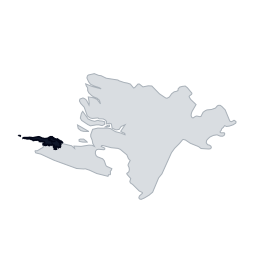 location of Cox's Bazar, Chittagong, Bangladesh, rotated 116°
{"feature_id": "16705992B34517682786426", "entity_name": "Cox's Bazar", "entity_type": "district", "adm_level": 2, "iso_a3": "BGD", "parent_name": "Bangladesh", "parent_adm1": "Chittagong", "projection": "robinson", "projection_center": [92.099, 21.257], "detail": "fine", "context": "in_parent", "style": "filled", "palette": "ink", "viewbox_px": 256, "rotation_deg": 116, "n_neighbors": 0, "source": "geoboundaries", "source_scale": "gbopen_adm2", "svg_char_len": 8561}
<svg xmlns="http://www.w3.org/2000/svg" viewBox="0 0 256 256"><g transform="rotate(116 128 128)"><path d="M92.8,175.1L92.8,169.4L89.3,158.1L89.5,156.8L88.8,151.4L87.9,148.3L87.5,145.1L89.6,140.5L88.8,139.7L84.1,138.3L83.5,137.1L84.5,132.6L81.2,128.3L79.8,125.0L83.5,114.7L84.5,107.4L84.2,106.0L82.0,104.4L78.1,103.8L75.3,102.4L73.7,100.4L72.4,99.5L70.7,100.1L68.5,99.4L66.7,97.3L65.2,94.9L65.8,92.2L68.7,85.8L69.8,85.6L72.2,86.8L73.1,86.8L74.8,84.3L77.1,77.1L85.0,77.7L86.9,77.5L88.9,76.9L90.0,76.0L90.6,74.9L90.4,73.9L88.0,72.5L87.1,71.5L86.4,68.6L85.7,67.5L80.9,67.4L78.5,66.1L77.1,64.9L74.7,61.0L71.7,58.1L68.9,57.4L67.8,56.4L67.2,54.9L67.6,52.8L69.1,48.6L77.0,39.7L77.2,38.7L76.9,37.6L74.6,36.1L74.5,35.4L75.1,33.5L76.4,33.3L79.1,35.0L81.9,37.8L83.5,40.2L83.5,42.2L85.7,42.6L87.5,43.4L89.3,43.2L90.5,43.6L91.3,43.5L91.6,42.3L90.1,39.5L90.9,38.4L92.7,38.4L94.0,39.5L94.9,41.6L95.1,45.0L97.2,48.0L99.9,50.2L102.1,51.2L104.8,51.9L107.0,51.2L108.1,49.1L107.7,47.2L108.0,45.5L108.9,44.6L110.3,44.6L111.4,46.0L114.4,53.3L113.8,56.5L114.4,65.3L113.6,71.2L114.1,73.4L114.6,73.8L119.2,74.9L125.9,77.2L131.1,78.1L154.3,77.4L159.4,78.6L174.9,77.7L179.1,79.6L183.7,82.6L186.3,84.8L186.7,86.1L186.4,87.2L185.6,87.8L184.0,87.9L180.3,86.4L179.7,86.8L179.7,90.3L176.7,99.1L176.3,101.8L175.3,102.9L172.2,103.4L170.1,108.5L169.3,109.2L167.3,108.1L166.0,108.2L164.5,108.7L162.9,109.9L161.8,111.4L160.6,111.9L156.2,111.8L155.4,114.1L152.6,117.3L150.6,125.5L150.7,128.0L153.1,134.6L154.8,143.1L155.4,144.0L156.3,144.0L156.3,140.1L157.1,139.6L158.1,140.1L160.1,145.3L161.3,146.7L163.1,147.0L165.2,146.2L166.7,144.7L167.3,143.0L166.8,137.3L167.8,135.0L171.3,131.5L171.8,130.4L171.6,124.7L172.9,124.5L174.7,124.9L177.0,123.6L177.7,123.5L178.6,125.0L180.2,124.8L182.6,136.1L182.8,144.2L183.4,148.6L184.2,149.7L186.9,156.4L189.4,180.0L189.7,194.9L190.8,200.0L189.9,201.2L189.1,201.4L188.3,199.6L182.5,195.8L181.2,196.2L179.2,198.4L178.4,200.4L178.8,203.3L179.4,206.2L180.7,207.8L180.8,209.6L182.4,216.3L181.9,216.4L178.8,210.2L175.0,204.2L173.8,193.4L173.7,188.0L171.1,181.8L168.7,170.8L169.8,167.0L167.9,168.6L165.1,162.1L160.6,155.7L159.3,152.8L159.3,150.0L157.4,152.8L154.7,154.8L152.1,157.7L150.3,158.6L144.7,159.2L141.4,155.2L136.8,145.6L136.2,143.4L136.8,137.8L135.7,132.4L135.4,127.7L134.6,128.1L134.2,129.4L134.4,131.4L134.1,133.1L126.3,132.0L129.6,134.8L133.2,135.4L135.0,138.0L135.1,142.2L131.6,144.7L131.9,146.8L133.9,149.4L131.5,150.1L130.8,151.8L130.7,154.3L132.4,158.0L132.1,159.4L135.1,164.3L135.6,166.6L134.9,169.9L128.5,176.5L126.6,181.3L125.0,183.5L123.1,183.9L120.7,181.6L120.7,179.3L121.2,177.5L124.5,173.1L122.7,173.7L117.5,177.3L116.5,174.4L115.9,171.7L115.9,168.3L118.4,163.3L115.6,165.8L114.8,168.9L115.1,172.6L114.7,175.2L113.6,178.6L112.1,180.6L109.6,181.9L108.5,183.9L106.9,185.4L106.4,178.6L104.6,169.3L104.3,171.3L105.1,177.1L105.1,180.8L103.7,183.7L101.0,186.9L99.0,187.3L97.8,186.9L93.9,182.1L93.6,177.6L92.8,175.1ZM140.0,175.2L135.3,176.3L132.9,176.0L137.4,167.7L137.3,164.0L136.6,160.9L134.3,158.5L134.1,156.8L133.1,154.4L132.6,151.6L135.1,150.7L137.2,152.3L137.9,155.5L139.0,157.8L142.5,162.7L142.5,165.7L141.5,173.0L140.0,175.2ZM150.3,172.5L147.4,174.7L148.3,161.6L150.5,166.5L151.0,169.1L150.3,172.5ZM161.4,166.0L160.1,166.9L158.9,166.1L157.4,163.0L158.2,159.1L158.6,158.5L160.5,162.5L161.4,166.0ZM172.1,193.6L170.4,193.8L169.6,192.9L170.0,191.5L169.6,187.3L171.7,186.9L172.4,190.4L172.1,193.6ZM170.3,181.7L169.0,186.0L168.6,184.1L169.4,180.4L170.3,181.7ZM136.4,147.6L136.9,148.9L134.2,147.2L133.5,145.9L134.7,145.3L136.4,147.6Z" fill="#d9dde1" stroke="#a8b0b8" stroke-width="1"/><path d="M175.1,181.2L175.1,180.5L174.9,180.5L174.6,180.5L174.7,180.8L174.5,181.1L174.4,181.0L173.9,181.1L173.7,181.0L173.1,181.2L172.9,181.2L172.7,181.1L172.7,181.3L172.6,181.5L172.5,181.8L172.4,181.7L172.1,181.8L172.0,181.7L171.8,181.9L171.5,181.9L171.4,182.0L171.4,182.5L171.2,182.5L171.2,183.1L171.0,183.9L170.4,185.4L170.0,187.0L169.6,187.6L169.6,187.8L169.5,188.1L169.6,188.5L169.8,188.6L169.7,188.8L170.1,189.2L170.3,189.2L170.1,188.4L170.2,188.0L170.4,187.8L170.9,187.6L170.3,187.9L170.2,188.1L170.2,188.4L170.5,189.0L170.5,189.3L170.4,189.7L170.4,189.9L170.2,190.0L169.9,190.3L169.9,190.6L169.8,190.9L169.9,191.0L170.1,190.6L170.3,190.2L170.2,190.8L170.3,190.8L170.1,191.0L170.0,191.5L169.7,191.5L169.6,191.8L169.8,192.0L170.0,192.2L170.5,192.5L170.3,192.5L170.1,192.6L169.7,192.5L169.4,192.9L169.5,193.1L169.8,193.2L169.7,193.3L169.5,193.2L169.7,193.7L169.8,193.7L169.9,193.9L170.0,193.9L170.5,194.5L171.0,194.7L171.1,194.8L171.4,194.4L171.6,194.5L171.8,194.3L171.3,194.2L170.8,193.8L171.3,194.2L171.5,194.1L171.8,194.2L171.8,193.8L172.2,193.8L172.9,193.6L173.0,192.5L173.1,190.9L173.2,190.2L173.2,190.6L173.3,190.6L173.3,190.3L173.0,189.4L172.4,188.5L172.0,187.2L172.5,188.5L172.9,189.0L173.3,189.7L173.7,190.3L173.8,190.6L173.7,190.7L173.9,190.7L174.0,190.6L173.8,190.0L174.0,190.5L173.5,190.9L173.3,191.7L173.5,193.3L173.7,193.5L173.7,193.9L173.9,193.9L174.0,194.0L173.7,193.9L173.7,193.6L173.5,193.4L172.9,194.7L172.8,194.9L172.7,195.2L172.7,194.8L172.7,194.6L172.2,194.9L172.1,195.2L172.3,195.7L173.0,196.5L173.2,196.8L174.0,198.1L174.4,199.3L174.4,199.8L174.6,199.9L174.6,200.0L174.8,200.7L174.7,202.3L174.8,203.3L174.8,203.9L175.1,204.7L178.4,209.1L178.6,209.6L179.0,211.0L179.6,212.5L180.3,213.5L181.0,214.8L181.9,216.8L182.2,217.3L182.6,217.8L182.9,218.0L183.1,217.9L182.8,217.7L182.9,217.4L182.8,217.1L182.7,216.3L182.3,215.5L182.2,214.5L181.8,213.4L181.7,213.2L181.2,212.8L180.9,212.3L180.7,211.2L180.7,210.4L180.6,210.0L180.5,209.4L180.4,208.9L180.5,208.1L180.7,207.9L180.8,207.8L180.6,207.2L179.9,206.7L179.6,205.9L179.4,205.8L179.2,206.0L179.0,205.8L178.9,205.3L179.1,205.0L179.0,204.6L178.8,204.6L178.4,204.7L178.2,204.0L178.3,203.9L178.2,203.7L178.3,203.4L178.2,203.4L178.2,203.2L178.1,202.9L178.0,202.7L178.4,202.3L178.5,201.7L178.7,201.3L178.8,201.3L178.7,201.1L178.4,201.1L178.3,200.8L178.4,200.7L178.2,200.6L178.2,200.3L177.8,199.8L177.8,199.6L177.7,199.5L177.6,198.8L177.5,198.6L177.4,198.7L177.3,198.1L177.1,197.7L177.0,197.2L177.3,197.1L177.5,196.9L177.8,196.7L177.7,196.6L177.8,196.3L178.0,196.1L178.4,196.1L178.5,196.3L178.6,196.2L178.8,196.9L178.9,197.0L179.0,197.4L179.4,197.2L179.5,197.0L179.9,197.1L180.3,197.0L180.3,196.8L180.0,196.6L180.1,196.2L179.9,196.1L179.9,195.8L179.8,195.6L179.9,195.4L180.1,195.4L180.1,195.1L180.0,194.9L180.0,194.7L179.9,194.6L179.7,194.6L179.6,194.4L179.6,194.1L179.4,193.9L179.2,193.7L179.0,193.8L179.0,193.5L178.8,193.4L178.7,193.5L178.6,193.9L178.5,193.7L178.3,193.7L178.1,193.4L177.9,192.8L177.9,192.6L178.0,192.3L178.3,192.2L178.5,191.7L178.4,191.6L178.2,191.2L178.2,190.7L177.9,190.6L177.5,190.9L177.5,190.7L177.4,190.7L177.5,190.5L177.3,190.2L177.0,189.9L176.9,189.7L176.6,189.7L176.4,189.4L176.2,189.3L176.6,189.1L176.3,188.9L176.5,188.7L176.4,188.4L176.2,188.4L176.3,188.3L176.2,188.1L176.0,187.9L176.3,187.7L176.3,187.4L176.5,187.3L176.6,187.2L176.4,187.0L176.7,187.0L176.6,186.7L176.8,186.5L176.7,186.3L177.3,186.4L177.3,186.5L177.5,186.4L177.8,186.5L177.9,186.3L177.7,186.1L177.9,185.6L177.9,185.4L178.0,185.3L178.1,185.1L178.3,184.9L178.3,184.7L178.4,185.1L178.7,185.2L178.8,185.2L178.8,184.9L179.1,184.9L179.3,184.9L179.1,184.3L179.1,184.0L178.9,183.6L178.7,183.6L178.7,183.8L178.6,183.5L178.4,183.3L178.5,183.4L178.5,183.1L178.4,182.9L178.1,183.0L178.2,183.4L178.4,183.7L178.4,184.2L178.6,184.3L178.7,185.1L178.5,184.7L178.4,184.7L178.3,184.9L178.1,185.0L177.8,185.0L177.6,185.1L177.4,185.1L177.1,184.4L176.9,184.6L176.5,184.6L176.3,184.4L176.3,184.1L176.2,184.2L175.7,184.1L175.6,183.8L175.7,183.6L175.7,183.4L175.9,183.3L175.9,183.1L175.7,182.6L175.8,182.4L175.7,182.1L175.8,182.0L175.7,182.0L175.7,181.6L175.6,181.4L175.4,181.2L175.1,181.2ZM169.9,180.5L169.6,181.0L169.3,181.3L169.3,181.9L169.2,182.0L169.1,182.5L169.4,183.5L169.2,184.2L169.2,185.2L168.9,185.7L168.8,186.2L168.8,186.8L169.3,186.8L169.3,186.3L169.4,186.1L170.1,183.7L170.6,182.5L170.6,181.7L170.6,181.4L170.2,180.6L169.9,180.5ZM169.7,191.2L169.8,190.0L169.3,190.4L169.4,190.8L169.5,190.8L169.4,191.3L169.7,191.2ZM182.5,221.3L182.2,221.3L182.1,221.5L182.4,221.8L182.4,222.3L182.4,222.6L182.5,222.7L182.6,222.4L182.4,221.8L182.5,221.3ZM181.3,212.8L181.2,212.3L181.0,212.1L180.9,212.2L181.0,212.4L181.3,212.8ZM173.6,190.7L173.7,190.4L173.5,190.0L173.6,190.7ZM173.3,190.9L173.4,190.7L173.3,190.9ZM169.1,193.0L169.2,192.7L169.1,192.8L169.1,193.0ZM180.8,210.3L180.8,210.1L180.7,209.9L180.7,210.1L180.8,210.3ZM172.7,193.8L172.7,193.7L172.5,193.8L172.7,193.8Z" fill="#0f172a" stroke="#020617" stroke-width="1.5"/></g></svg>